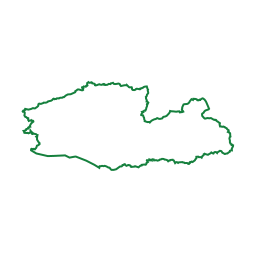 Kawkareik, Kayin, Myanmar (Natural Earth projection), rotated 100°
{"feature_id": "60261553B42100651402541", "entity_name": "Kawkareik", "entity_type": "district", "adm_level": 2, "iso_a3": "MMR", "parent_name": "Myanmar", "parent_adm1": "Kayin", "projection": "natural_earth1", "projection_center": [98.169, 16.039], "detail": "fine", "context": "isolated", "style": "outline", "palette": "green", "viewbox_px": 256, "rotation_deg": 100, "n_neighbors": 0, "source": "geoboundaries", "source_scale": "gbopen_adm2", "svg_char_len": 5850}
<svg xmlns="http://www.w3.org/2000/svg" viewBox="0 0 256 256"><g transform="rotate(100 128 128)"><path d="M87.5,62.1L87.9,62.0L88.0,62.7L88.3,63.0L88.3,63.8L88.6,63.9L88.6,64.6L87.9,65.2L87.7,66.1L87.7,67.3L87.9,67.5L87.9,68.7L89.1,68.9L88.6,70.5L91.2,71.9L92.2,72.1L93.7,73.3L94.1,74.1L94.8,76.7L95.2,77.4L98.3,78.2L99.0,78.0L100.2,78.2L101.5,77.3L101.8,77.4L101.9,76.7L102.3,76.4L103.0,77.6L102.6,78.2L103.4,78.9L103.6,79.7L102.7,80.3L103.0,81.7L103.6,83.4L103.8,86.9L104.0,87.6L103.9,89.5L105.3,89.6L106.7,90.3L109.4,92.1L110.4,93.7L110.7,94.7L111.0,95.2L112.6,96.0L113.5,98.1L113.6,99.0L113.2,101.0L114.4,102.3L114.8,103.5L116.3,105.6L117.1,106.4L118.7,107.4L118.3,107.8L118.8,109.8L118.4,112.6L118.0,112.5L116.9,113.4L115.0,114.0L114.4,114.6L113.0,115.3L113.0,117.2L112.4,117.3L110.6,116.7L109.9,115.9L109.5,116.7L108.9,115.7L107.9,114.8L107.9,113.9L106.1,113.4L105.0,113.5L103.4,113.1L101.9,113.1L101.5,113.5L101.0,113.4L100.9,112.8L99.5,112.4L98.7,113.5L98.7,114.3L97.5,114.3L95.8,115.4L94.9,115.5L94.3,115.8L93.3,115.1L91.9,115.1L90.3,114.2L89.4,114.3L87.7,115.1L86.8,114.9L86.1,115.6L83.8,116.7L84.3,118.5L85.0,119.8L85.5,120.0L86.3,121.1L86.5,122.0L87.3,122.4L87.3,123.1L87.8,123.2L87.8,126.2L88.4,127.1L89.0,127.3L89.6,128.5L89.7,130.1L89.0,130.8L88.0,131.0L87.2,131.5L87.7,133.3L87.6,134.1L86.0,136.4L86.3,136.4L86.2,137.0L86.3,138.1L86.7,139.4L87.9,142.2L87.2,143.1L86.4,143.5L86.0,144.3L85.9,145.2L86.5,146.7L87.0,148.4L87.0,149.6L86.1,150.6L86.8,151.9L86.9,152.5L87.8,152.9L87.9,154.6L89.0,155.8L89.6,157.8L89.6,158.9L88.9,158.9L88.8,159.4L89.2,160.3L89.8,160.9L90.1,161.7L90.1,163.3L89.9,163.9L91.3,166.3L91.7,167.5L91.6,167.9L91.1,167.9L90.3,168.6L90.2,171.0L89.7,171.1L89.3,171.8L89.5,172.3L90.1,173.3L90.1,174.3L89.7,175.0L90.7,175.6L90.9,176.0L92.3,175.8L93.1,175.3L93.5,175.5L93.8,176.6L94.6,176.7L94.8,177.7L94.8,178.8L95.2,178.9L95.9,180.3L96.4,180.2L97.0,178.9L97.6,179.1L98.3,178.8L98.7,179.2L98.9,179.9L98.6,183.0L98.7,184.0L99.2,184.7L99.8,185.1L100.9,186.3L101.5,186.1L102.0,186.3L104.7,190.3L105.4,193.1L106.9,195.0L108.7,196.4L108.8,197.2L109.4,197.7L109.7,198.4L109.9,199.8L110.6,201.1L110.9,201.2L111.1,203.1L112.0,203.9L112.0,204.8L112.4,205.4L112.0,206.2L112.5,206.9L113.5,207.4L114.5,208.5L115.7,211.4L116.2,211.6L116.9,212.5L117.3,213.3L117.7,215.5L118.1,215.7L119.4,218.0L119.4,219.7L120.0,220.3L120.4,220.4L120.9,220.2L121.9,220.3L123.1,221.2L124.9,223.1L125.0,224.6L124.9,225.0L126.1,226.8L127.2,229.3L127.0,232.6L127.6,232.8L128.1,232.5L129.1,234.2L129.9,234.6L130.3,234.2L130.0,233.3L130.3,232.7L130.7,232.4L131.9,232.2L133.7,232.2L134.9,231.0L134.8,230.7L135.0,230.0L135.7,229.1L135.5,228.4L135.7,227.9L137.3,227.8L137.7,227.4L137.8,226.9L138.2,226.8L137.7,225.9L137.6,225.1L137.1,224.7L137.9,223.8L137.3,223.1L137.5,222.6L137.8,222.5L138.2,222.8L138.4,222.5L140.1,224.0L141.5,224.6L142.7,224.9L143.7,224.5L143.8,225.3L144.5,225.6L144.6,226.1L145.2,226.5L146.0,226.4L146.7,228.0L147.4,228.2L147.7,228.1L148.2,228.9L148.7,229.2L148.6,229.4L149.0,230.3L150.1,229.1L150.6,229.3L150.8,228.6L150.5,227.8L150.5,226.6L150.2,225.9L150.5,225.1L149.6,223.6L149.2,223.3L147.5,223.6L148.5,222.6L149.1,221.4L150.1,221.7L150.5,221.4L150.5,220.8L149.9,220.1L150.1,217.3L150.6,216.7L150.7,215.9L151.1,216.0L152.3,215.9L152.6,216.7L153.3,216.0L154.7,215.6L155.2,215.6L157.8,213.3L157.9,212.8L158.2,212.5L159.2,212.3L159.6,212.8L159.9,212.8L160.6,213.5L161.2,214.6L163.3,214.9L164.1,215.3L164.7,216.1L165.1,216.0L165.3,216.7L165.0,217.6L165.4,218.3L165.2,219.3L165.4,219.6L166.3,219.7L166.8,219.6L169.0,213.8L169.6,202.1L168.3,195.9L165.9,185.2L167.3,180.4L165.5,175.6L165.2,174.4L167.4,163.5L170.1,154.7L172.2,149.4L171.5,149.4L171.1,149.8L170.5,149.2L170.4,148.3L169.8,147.0L169.8,145.3L169.3,144.4L169.6,142.5L170.4,140.4L170.2,139.9L170.5,139.0L171.7,137.8L172.1,136.9L171.7,134.8L170.7,132.5L167.3,129.2L166.9,127.6L165.7,126.7L165.4,126.8L165.2,126.0L164.3,125.4L164.2,124.8L165.1,124.0L165.5,122.9L164.5,121.5L164.3,120.8L164.5,120.5L164.4,119.7L165.1,118.5L165.6,118.5L165.8,118.1L164.8,114.6L164.4,114.4L164.9,110.8L163.2,109.5L162.5,108.0L161.9,108.1L161.1,105.5L161.2,104.6L160.9,104.0L160.1,103.7L159.4,103.8L158.1,102.5L156.8,103.8L156.5,103.8L156.1,102.0L156.1,101.1L155.3,101.3L155.5,100.6L155.3,100.1L155.8,98.9L154.9,98.9L154.6,98.6L154.5,97.2L155.4,96.7L154.8,94.7L155.0,93.0L154.3,92.0L154.2,91.5L153.4,91.0L153.2,90.0L152.5,89.2L152.3,87.4L152.8,86.5L152.6,85.4L152.9,83.7L153.8,82.7L153.0,82.1L152.9,81.2L152.2,80.9L151.5,78.5L151.8,78.3L152.0,77.3L154.4,75.5L153.3,74.7L153.1,73.9L153.7,72.6L153.0,72.0L152.1,68.3L152.4,67.9L152.3,66.7L152.7,66.1L152.2,63.9L152.3,63.4L152.9,62.5L152.8,61.7L151.8,61.0L151.3,61.4L150.6,60.9L150.6,60.0L150.0,59.4L150.3,58.5L148.2,56.5L147.1,56.2L146.0,55.4L144.5,55.7L144.0,53.9L144.4,53.3L144.0,51.0L144.4,50.3L142.8,49.9L141.7,48.8L140.7,48.9L140.0,48.1L140.3,47.2L140.5,44.6L139.4,43.4L138.5,42.2L137.6,41.7L138.4,39.6L138.3,39.4L137.2,39.0L136.6,38.3L136.4,37.2L137.2,35.9L136.5,35.7L134.5,33.5L134.6,32.0L136.0,30.7L136.3,29.4L136.8,28.4L136.6,27.6L136.1,26.9L135.8,25.6L134.8,24.9L133.7,23.6L132.8,23.7L132.5,23.3L132.0,22.4L132.0,21.8L130.4,22.2L127.7,21.4L126.8,21.5L126.8,22.9L126.3,22.9L126.3,23.4L125.5,24.1L125.5,24.5L124.3,25.2L122.8,25.4L120.8,26.3L119.3,26.2L118.7,25.6L117.1,26.2L116.1,26.3L115.3,26.7L114.6,28.8L113.8,28.2L113.5,28.3L113.5,28.7L112.7,28.6L111.9,30.2L111.2,30.7L110.4,33.2L110.2,33.2L110.0,34.4L110.5,35.5L110.3,36.5L110.5,37.6L108.7,38.4L107.3,38.3L107.0,38.7L106.9,39.4L106.1,40.7L106.0,41.2L105.5,42.2L104.9,42.5L104.7,43.1L105.0,43.6L105.0,44.3L104.8,44.6L104.9,45.1L103.8,48.1L104.3,49.5L104.4,51.5L105.4,53.8L105.1,54.6L103.2,57.0L101.5,57.5L101.0,57.4L99.7,56.1L98.6,55.8L97.3,54.8L95.7,51.9L95.0,51.5L89.0,55.4L87.9,56.3L86.7,57.6L85.9,59.2L85.9,59.9L87.1,61.2L87.5,62.1Z" fill="none" stroke="#15803d" stroke-width="2"/></g></svg>